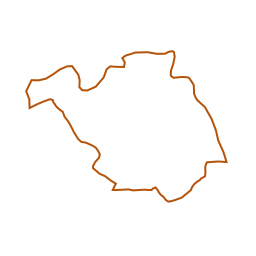 A'zaz, Aleppo, Syria, rotated 63°
{"feature_id": "27442178B26836039619487", "entity_name": "A'zaz", "entity_type": "district", "adm_level": 2, "iso_a3": "SYR", "parent_name": "Syria", "parent_adm1": "Aleppo", "projection": "robinson", "projection_center": [37.201, 36.467], "detail": "fine", "context": "isolated", "style": "outline", "palette": "amber", "viewbox_px": 256, "rotation_deg": 63, "n_neighbors": 0, "source": "geoboundaries", "source_scale": "gbopen_adm2", "svg_char_len": 2230}
<svg xmlns="http://www.w3.org/2000/svg" viewBox="0 0 256 256"><g transform="rotate(63 128 128)"><path d="M176.3,169.7L176.7,169.1L176.8,168.8L177.0,168.4L177.5,167.6L177.7,167.1L179.6,162.9L182.9,155.5L186.0,151.6L187.9,147.1L190.4,141.5L194.0,135.2L193.6,134.4L193.3,133.5L193.3,132.9L193.4,131.6L193.4,131.4L193.5,130.4L195.1,130.1L196.1,129.9L197.1,129.7L197.7,129.7L199.5,129.7L202.0,129.2L203.5,128.6L205.3,127.7L206.7,127.4L208.7,127.1L210.9,126.2L211.9,125.2L212.3,124.8L212.5,123.7L212.6,123.4L212.8,122.5L213.5,119.3L213.7,117.8L214.4,111.6L214.3,111.1L212.5,102.8L211.9,100.4L211.8,99.9L211.7,99.8L210.1,98.3L209.0,96.3L208.2,94.8L207.2,90.9L207.0,87.5L206.2,86.2L206.0,81.4L204.2,80.0L201.3,78.5L197.3,76.6L194.4,73.4L196.8,67.4L199.0,62.5L200.5,59.9L202.1,57.3L203.0,55.7L200.0,55.1L192.8,53.9L188.9,53.7L185.2,53.5L180.3,53.3L180.0,53.2L179.4,53.1L179.1,53.0L171.5,51.1L169.8,50.7L159.0,49.5L157.7,49.4L152.4,49.6L144.3,50.0L134.6,53.6L134.0,53.7L132.6,53.8L130.9,53.9L129.5,53.7L128.6,53.6L128.0,53.6L127.6,53.5L127.4,53.5L124.6,52.2L123.9,51.9L122.0,51.0L120.3,50.2L119.7,50.0L119.4,50.0L118.3,50.0L117.7,50.1L117.3,50.1L111.7,50.7L110.1,51.6L109.6,52.4L108.5,54.2L107.4,56.1L107.0,56.8L104.0,64.5L103.8,64.6L102.3,65.5L101.8,65.7L101.6,65.9L99.9,65.8L98.7,65.1L98.3,64.8L96.2,63.5L92.3,59.5L91.3,58.5L91.1,58.4L90.9,58.2L90.3,57.7L88.2,56.0L85.8,54.1L83.5,53.3L81.2,52.6L79.7,53.6L78.6,57.2L78.6,61.4L75.1,68.5L69.4,76.1L64.1,87.2L63.8,89.0L63.5,91.1L62.4,97.3L63.1,101.3L66.6,101.1L68.1,101.1L71.8,103.8L68.3,110.4L65.0,116.0L66.0,120.4L71.9,126.7L76.5,137.8L76.4,141.1L76.1,147.3L73.5,151.6L69.6,152.8L63.3,149.3L58.0,148.1L47.5,149.7L45.5,154.0L44.9,161.9L46.2,170.7L46.8,178.6L44.9,186.1L41.6,192.2L49.0,202.0L57.7,202.9L61.6,204.8L65.5,206.6L65.6,197.6L66.2,190.1L66.9,184.5L68.8,182.4L71.2,182.8L74.2,182.3L75.5,182.3L77.7,181.7L81.8,180.0L83.7,178.8L89.3,179.4L94.9,178.3L101.1,178.0L107.1,178.1L111.8,177.7L115.0,177.4L119.2,175.9L122.0,172.1L124.9,169.8L127.9,167.4L131.1,165.6L135.2,165.0L138.7,165.1L141.4,167.4L143.4,172.7L146.2,176.6L147.8,177.4L155.8,174.1L160.5,170.3L167.4,167.0L167.8,166.7L168.2,166.5L170.0,165.4L172.1,164.1L176.3,169.7Z" fill="none" stroke="#b45309" stroke-width="2"/></g></svg>